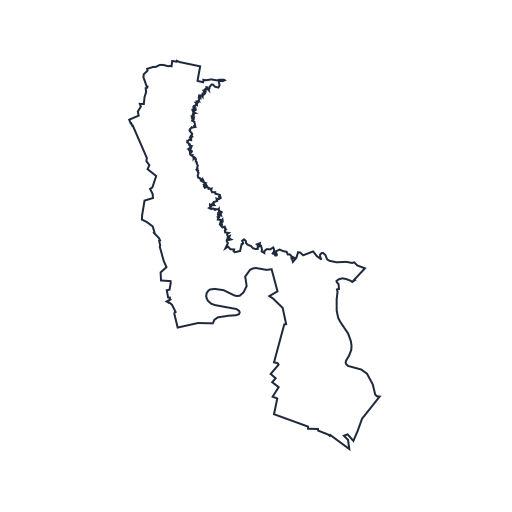 Emiliano Zapata, Tabasco, Mexico (orthographic projection), rotated 168°
{"feature_id": "50627088B17857349990944", "entity_name": "Emiliano Zapata", "entity_type": "district", "adm_level": 2, "iso_a3": "MEX", "parent_name": "Mexico", "parent_adm1": "Tabasco", "projection": "orthographic", "projection_center": [-91.663, 17.694], "detail": "fine", "context": "isolated", "style": "outline", "palette": "slate", "viewbox_px": 512, "rotation_deg": 168, "n_neighbors": 0, "source": "geoboundaries", "source_scale": "gbopen_adm2", "svg_char_len": 6147}
<svg xmlns="http://www.w3.org/2000/svg" viewBox="0 0 512 512"><g transform="rotate(168 256 256)"><path d="M221.2,64.7L220.6,65.5L204.9,47.8L204.2,57.0L207.4,61.9L203.5,62.5L199.2,54.9L193.1,63.5L186.1,74.8L164.3,92.8L167.0,93.7L168.2,95.7L168.5,106.2L171.9,117.8L176.7,123.1L188.8,129.3L190.4,131.7L190.5,133.0L189.6,135.0L185.6,139.3L182.4,144.2L181.3,148.0L180.9,152.8L182.0,161.0L187.4,174.4L188.5,178.5L188.4,186.0L186.1,196.9L183.7,204.0L183.7,206.5L181.7,206.5L181.1,211.5L182.4,213.5L182.5,214.8L180.0,216.0L176.3,216.2L172.7,214.8L168.3,211.9L167.3,210.6L164.6,211.7L165.2,212.1L152.0,221.3L159.0,225.8L161.2,229.4L163.4,229.2L168.9,231.5L178.5,233.1L185.2,236.1L187.1,237.9L188.0,242.7L189.7,244.9L191.1,245.3L193.1,243.9L193.4,241.4L192.6,238.9L196.5,243.2L199.2,248.6L209.7,246.9L212.0,250.1L214.0,251.0L216.9,245.8L221.1,242.6L221.3,245.7L219.1,246.5L220.4,247.4L221.7,246.8L221.5,248.9L222.8,250.6L224.6,250.9L225.2,253.8L228.4,255.1L231.6,257.4L235.8,256.4L235.3,253.1L235.6,252.4L237.0,252.4L237.3,253.1L236.3,255.2L237.0,255.5L238.8,254.6L239.2,255.0L237.3,256.8L237.0,259.3L237.4,260.8L240.7,259.5L244.0,260.5L246.8,259.1L247.2,257.2L249.5,259.3L248.8,261.2L248.9,265.0L250.2,266.1L249.5,267.7L252.7,267.2L250.9,264.7L252.5,264.4L252.8,262.6L255.0,262.9L257.4,264.3L258.9,266.9L261.4,268.4L263.0,270.4L262.8,272.7L264.2,274.7L266.4,273.8L265.8,271.3L266.8,270.4L267.6,270.6L270.5,264.2L275.9,264.1L276.9,265.3L276.0,266.9L279.6,267.9L281.4,271.0L284.3,269.9L280.8,274.5L281.6,276.7L281.1,278.0L279.2,277.3L277.0,277.4L278.1,278.3L280.0,278.3L279.9,279.8L279.2,280.1L278.5,279.4L277.6,281.0L279.2,280.6L279.9,282.5L279.4,283.6L277.9,284.2L281.3,285.5L281.2,287.3L279.8,288.3L280.7,289.1L280.2,289.9L280.5,291.2L282.9,290.9L284.8,294.3L283.9,296.1L283.4,295.5L283.8,294.6L282.8,294.0L282.9,296.0L281.4,296.5L281.2,298.7L283.4,296.9L283.3,298.8L285.7,299.6L285.1,300.4L285.4,301.8L283.2,301.6L284.6,302.5L284.5,303.2L283.4,303.7L281.7,302.8L281.9,304.8L284.6,304.0L284.6,304.5L283.4,304.9L284.1,305.9L282.8,306.7L280.8,305.6L280.4,306.0L282.8,308.1L282.5,310.0L283.3,309.4L286.2,310.4L286.0,309.7L286.5,309.6L287.9,311.3L290.2,311.3L291.9,312.7L289.8,313.5L290.6,314.8L290.3,315.9L289.4,315.0L288.0,316.0L288.0,314.8L286.2,314.4L287.2,316.4L286.2,316.7L286.1,317.5L282.6,317.9L282.7,320.4L280.7,319.3L277.6,320.4L278.6,320.3L279.8,321.1L279.8,321.6L278.6,321.7L278.7,323.3L282.8,325.4L282.6,326.9L285.7,327.5L286.2,329.7L285.5,331.1L286.7,330.9L287.2,331.8L288.4,331.6L288.3,332.8L289.8,333.4L289.6,334.6L290.7,334.6L290.6,333.7L291.9,333.4L292.4,335.0L290.5,335.1L290.0,336.0L290.6,336.6L291.6,336.1L292.1,336.8L290.0,337.8L291.6,339.0L291.8,340.4L292.3,339.6L293.6,340.5L292.9,342.5L294.3,341.9L294.8,344.1L296.2,344.6L296.4,346.6L294.9,349.3L295.5,350.4L294.9,351.6L296.0,352.1L296.3,353.0L295.0,353.7L295.1,354.9L294.1,356.6L294.8,358.5L294.4,360.0L295.3,360.8L294.6,363.2L295.4,363.7L295.0,364.4L295.6,365.3L296.8,364.2L296.5,365.6L297.4,366.6L297.0,367.9L298.5,368.0L299.3,369.1L299.1,370.9L297.7,370.7L296.9,371.8L297.6,372.5L297.8,371.6L298.5,371.5L299.3,373.3L297.8,372.7L298.0,373.9L297.4,374.9L298.6,375.2L296.0,376.1L297.2,376.2L296.1,376.9L297.9,377.7L298.3,378.7L297.6,379.1L299.7,381.6L299.3,382.8L298.8,382.5L297.2,383.6L295.3,382.8L295.0,384.0L296.0,385.6L295.0,386.7L294.0,385.8L293.5,386.0L294.3,387.5L293.1,388.3L293.2,389.3L294.9,392.2L294.9,392.8L294.0,393.2L294.0,394.0L292.1,395.3L291.7,394.8L288.5,394.9L289.3,396.1L288.4,396.5L288.4,400.0L290.4,401.7L289.9,402.5L289.1,401.9L288.7,402.3L289.3,403.3L288.5,403.2L287.9,404.4L289.1,404.3L289.1,405.0L289.9,405.0L289.9,405.7L289.3,405.4L289.1,406.3L287.4,406.9L287.3,408.0L288.1,408.0L287.6,408.8L286.0,408.6L286.8,409.2L286.5,410.3L287.6,410.5L287.8,412.3L287.1,412.4L286.4,410.9L284.5,411.5L284.7,412.2L285.7,412.4L284.7,413.1L286.3,413.8L286.2,415.1L285.4,415.7L284.7,415.2L283.4,416.5L282.4,415.8L282.2,417.2L282.7,418.0L281.7,417.6L280.9,418.4L281.9,418.4L282.0,419.5L279.5,418.9L279.9,420.1L278.2,421.7L278.1,422.2L278.8,422.6L278.3,423.0L278.8,423.5L278.2,424.9L277.5,424.7L277.1,423.4L276.8,424.5L275.8,424.5L275.1,423.0L274.4,426.1L273.8,426.1L273.2,424.9L272.0,425.7L272.6,427.6L270.8,426.2L271.3,427.0L271.0,428.1L271.9,428.1L272.1,429.1L270.5,430.0L269.3,429.4L269.3,431.4L268.6,431.1L268.8,429.9L267.7,428.0L267.7,429.4L266.9,429.4L266.2,431.1L263.8,433.0L262.5,432.6L260.9,430.1L257.8,428.6L256.2,430.3L256.1,435.0L252.3,434.0L250.0,434.4L250.5,435.0L255.0,436.0L257.7,435.9L262.9,438.0L268.2,438.3L270.5,439.1L270.3,438.5L271.0,438.5L271.6,437.0L276.4,439.2L276.8,439.5L271.2,453.1L290.4,461.6L292.9,463.4L293.3,462.6L297.4,464.2L299.2,459.1L301.0,459.9L302.3,459.8L307.0,462.2L310.3,462.9L314.8,461.8L317.1,462.3L323.6,461.7L323.6,459.8L328.0,457.1L328.6,455.5L328.9,454.2L327.7,444.7L326.9,444.3L327.3,443.3L329.0,443.1L329.4,439.2L332.0,434.6L334.1,428.0L338.0,429.0L337.6,426.0L341.5,422.0L341.6,417.7L351.7,415.7L351.0,411.8L350.5,411.9L349.9,409.0L349.4,409.1L342.4,374.6L343.5,371.5L341.4,367.0L344.0,363.5L337.0,355.0L343.1,344.6L345.7,343.7L344.2,338.3L344.7,334.1L353.5,333.4L358.9,319.6L360.0,315.3L355.7,311.9L350.9,306.4L350.4,300.3L351.1,299.9L347.2,293.7L346.6,291.1L347.6,290.9L347.5,286.4L348.2,285.0L347.3,270.3L345.9,263.7L352.7,259.8L354.0,251.8L344.8,249.2L345.0,247.4L347.6,241.0L350.4,241.1L350.6,233.7L348.9,233.2L349.3,231.9L348.8,231.2L352.9,230.1L350.8,228.2L350.4,228.4L348.3,225.8L346.3,218.0L347.3,217.8L347.9,216.4L347.5,202.3L326.6,202.5L312.3,199.1L310.0,202.2L306.3,203.9L295.2,203.3L287.9,202.2L284.8,202.6L283.7,204.2L283.9,205.8L286.2,208.2L306.3,216.5L309.7,218.6L312.3,222.1L313.0,224.7L313.1,227.1L311.9,230.1L309.5,232.2L307.8,232.8L303.2,232.4L294.8,229.3L285.6,222.1L283.3,220.9L280.2,220.5L275.8,223.0L271.4,228.5L270.8,238.2L264.6,243.8L261.3,244.5L258.4,244.2L248.5,240.2L243.5,239.8L242.3,217.0L251.3,214.0L248.3,211.0L240.7,199.7L240.7,183.1L242.6,183.2L260.5,148.2L257.1,146.7L256.5,145.0L266.2,137.6L262.2,132.3L266.4,129.2L261.1,123.0L269.0,114.9L264.8,112.2L271.3,97.5L240.6,78.3L241.0,76.2L231.4,73.9L231.4,72.2L222.5,66.3L221.2,64.7Z" fill="none" stroke="#1e293b" stroke-width="2"/></g></svg>